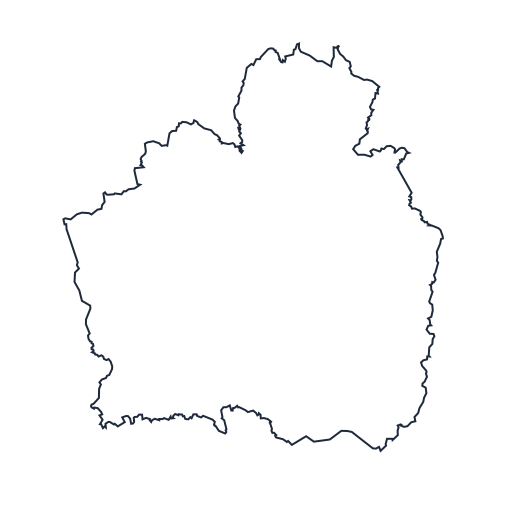 Madero, Michoacán, Mexico, rotated 354°
{"feature_id": "50627088B49828923670212", "entity_name": "Madero", "entity_type": "district", "adm_level": 2, "iso_a3": "MEX", "parent_name": "Mexico", "parent_adm1": "Michoacán", "projection": "orthographic", "projection_center": [-101.157, 19.354], "detail": "fine", "context": "isolated", "style": "outline", "palette": "slate", "viewbox_px": 512, "rotation_deg": 354, "n_neighbors": 0, "source": "geoboundaries", "source_scale": "gbopen_adm2", "svg_char_len": 6033}
<svg xmlns="http://www.w3.org/2000/svg" viewBox="0 0 512 512"><g transform="rotate(354 256 256)"><path d="M385.4,441.4L388.8,441.1L393.0,437.6L397.2,437.0L396.8,432.7L400.9,429.1L402.6,424.5L407.1,418.5L408.4,414.4L411.1,410.3L411.0,404.7L407.8,402.5L408.3,400.2L410.5,398.7L413.4,394.0L412.7,390.6L413.5,389.4L413.3,387.8L409.8,382.8L409.0,379.1L411.6,377.2L415.3,376.7L415.8,373.8L418.0,374.1L417.3,373.2L418.8,364.9L422.2,361.9L423.0,357.2L425.0,354.4L424.4,352.1L420.7,351.5L417.9,347.0L420.0,343.4L422.9,343.3L422.1,342.2L422.0,337.9L420.6,336.1L424.0,334.8L426.1,328.6L426.2,322.8L424.1,321.1L423.5,319.4L427.9,310.0L426.8,308.1L427.0,303.9L426.1,303.0L428.1,302.2L428.6,300.3L429.9,301.0L432.1,298.4L431.0,293.4L432.5,291.6L436.5,281.7L435.4,279.7L436.4,275.8L436.2,270.8L440.5,262.9L441.8,258.5L443.7,258.1L443.7,255.7L442.2,249.5L440.5,247.5L434.3,244.2L431.3,243.7L432.3,243.2L429.9,241.8L429.7,240.0L427.2,240.1L426.8,238.9L424.5,237.5L424.2,236.5L425.2,236.3L425.6,235.0L423.8,232.0L424.6,229.6L423.8,228.2L418.9,225.3L416.0,225.2L415.5,223.0L413.6,221.5L414.2,220.0L415.6,219.2L414.5,216.5L415.7,216.8L416.4,215.9L416.6,213.7L414.7,212.8L417.4,209.4L405.9,182.9L407.0,183.1L406.9,180.3L409.6,177.9L409.3,176.0L410.9,176.9L411.0,175.0L413.1,175.3L416.1,169.8L418.9,169.4L417.3,168.4L414.9,164.3L412.5,163.6L410.1,164.1L405.2,167.8L404.5,167.6L405.4,164.6L404.9,163.2L401.3,160.5L397.4,160.5L394.4,163.0L391.9,162.3L391.2,164.1L390.0,165.0L383.9,162.1L380.7,163.8L382.5,167.7L380.4,169.1L374.4,166.6L368.0,166.0L363.8,159.9L366.3,156.8L370.5,155.1L371.5,150.8L379.9,145.6L380.2,143.9L379.6,143.1L380.6,141.2L379.2,141.7L378.5,140.7L380.1,137.4L379.9,134.7L381.4,133.7L381.9,132.1L382.8,132.4L383.1,131.6L381.9,130.0L385.4,128.1L385.6,125.7L388.0,122.9L385.8,122.3L384.9,119.6L387.9,115.1L388.5,112.7L390.8,111.8L391.9,106.4L394.3,107.2L393.9,103.6L394.8,103.6L394.8,101.9L396.3,100.7L389.9,94.2L385.0,92.2L381.8,92.2L376.1,88.4L372.5,87.1L369.8,84.5L370.1,82.9L368.5,78.9L370.1,77.3L369.5,72.8L365.9,70.6L363.6,66.7L360.8,63.9L358.9,59.2L359.4,56.9L360.8,55.6L358.8,56.2L358.2,57.5L355.0,56.5L354.2,66.2L351.9,69.8L350.5,75.4L342.3,69.2L337.4,68.7L330.4,62.3L321.9,57.5L320.4,53.7L321.0,49.2L318.9,49.8L316.8,54.5L315.2,54.8L314.1,59.5L305.9,60.6L306.3,62.6L305.0,65.8L303.1,64.0L302.6,66.2L301.3,65.8L299.7,62.9L300.3,62.7L298.8,56.3L296.8,55.2L297.1,53.7L295.8,53.3L294.9,51.6L292.4,51.0L289.8,51.5L281.6,58.6L280.5,60.6L276.8,60.3L273.4,65.8L271.5,64.5L266.5,67.9L263.3,78.8L260.9,81.0L261.9,82.6L261.3,84.8L259.2,87.0L258.8,90.1L255.1,95.5L255.9,96.5L254.2,102.5L251.2,105.1L249.3,109.1L249.5,116.5L251.9,119.9L252.6,122.5L254.2,123.7L252.9,124.5L253.5,126.6L251.8,126.6L252.1,128.4L253.4,128.5L252.3,130.5L253.8,132.3L251.8,134.5L254.4,139.3L254.2,141.1L252.4,142.2L255.2,144.5L251.4,144.9L252.8,148.1L252.4,149.4L253.8,150.2L252.4,151.9L250.7,149.7L250.8,146.9L248.9,145.0L246.8,145.4L246.3,142.8L244.8,141.3L240.6,141.9L235.3,140.2L233.7,140.5L233.8,139.0L231.9,138.1L232.2,136.6L231.3,136.2L232.4,135.5L232.1,134.8L229.9,131.8L227.6,130.5L224.5,126.2L217.9,123.7L212.4,118.8L211.7,116.8L209.4,114.9L208.5,114.6L207.8,117.1L205.0,118.3L201.0,115.8L196.7,114.9L195.1,116.3L193.3,116.0L192.7,119.0L190.8,119.5L189.7,123.1L185.5,123.0L182.8,125.0L179.3,137.0L178.2,136.4L173.7,136.6L171.5,133.8L165.8,131.1L159.6,131.7L157.2,132.8L157.4,140.3L156.5,142.8L152.5,145.6L151.4,147.5L152.1,149.3L151.5,150.2L152.3,150.9L150.7,153.5L152.1,153.9L153.6,156.0L144.7,156.0L144.0,158.5L145.6,172.1L148.2,173.0L142.1,176.2L136.3,176.3L133.3,178.1L131.4,177.7L128.6,180.6L122.0,179.0L121.1,179.8L114.9,179.6L113.8,179.2L112.5,176.9L110.8,177.9L111.1,186.4L108.3,189.3L107.2,193.0L103.2,193.3L96.7,197.5L94.4,195.9L87.4,194.7L82.2,195.8L75.5,200.2L70.1,198.6L68.3,199.4L68.9,204.5L70.6,204.5L70.4,209.5L78.0,243.7L76.9,246.4L78.6,250.0L74.3,253.5L72.8,262.8L76.7,271.9L78.2,282.4L85.9,288.0L85.8,291.0L80.3,301.4L79.7,306.1L82.5,315.6L80.6,317.6L80.8,320.9L82.0,323.5L83.5,324.1L83.4,325.6L84.7,326.4L84.9,328.6L82.8,330.0L82.8,331.6L84.3,332.0L84.6,333.6L82.9,334.6L85.6,336.0L85.7,337.1L87.8,337.7L88.9,339.5L91.8,338.6L93.6,340.1L94.0,342.4L96.4,343.9L98.6,343.1L100.4,345.9L101.5,350.8L101.0,353.4L97.7,358.9L95.3,359.6L94.0,361.7L89.8,362.7L87.1,365.3L88.3,367.6L86.1,371.6L84.9,380.8L79.0,386.0L76.9,386.6L76.2,388.1L76.7,389.4L78.9,390.9L79.3,389.8L82.7,390.8L85.6,394.8L86.5,397.4L83.7,398.2L86.3,402.8L83.3,406.9L84.4,407.1L85.8,411.2L87.7,409.6L88.7,410.8L88.8,407.1L91.7,405.6L93.2,405.7L97.1,408.7L98.0,408.1L100.7,411.0L101.6,410.6L108.1,407.5L106.1,402.5L110.3,401.5L112.0,401.9L113.8,404.6L114.3,409.8L116.2,409.7L117.5,408.2L117.5,404.1L118.5,403.4L121.1,403.5L123.2,401.5L126.1,401.9L126.1,406.6L129.8,405.5L133.5,407.2L133.1,408.1L134.4,410.1L135.3,408.6L138.3,407.3L142.6,409.2L142.7,408.0L146.2,408.4L147.6,407.6L152.0,409.8L154.3,406.8L154.6,408.7L156.9,408.7L156.3,408.1L157.2,406.2L159.1,404.7L162.2,406.3L162.5,405.3L166.0,406.0L166.5,407.8L167.9,407.7L168.6,410.6L171.5,411.4L173.9,409.4L175.0,410.6L177.2,406.9L180.5,407.3L180.6,408.7L182.8,410.0L184.6,410.8L186.7,409.4L195.7,414.2L197.7,416.6L196.6,419.4L197.1,420.5L197.9,420.5L200.8,426.0L206.8,429.3L208.1,427.9L207.6,426.1L208.5,425.2L207.2,416.0L204.9,413.8L205.8,412.8L205.2,405.8L207.8,403.0L210.8,403.3L214.3,401.8L215.3,407.1L216.6,407.3L217.2,404.9L218.9,404.8L221.6,403.0L222.4,404.7L223.4,404.5L229.5,408.3L231.6,410.4L237.0,409.4L239.8,412.3L240.7,414.6L242.3,413.9L242.5,412.8L243.9,414.3L243.8,418.0L246.9,418.0L250.6,419.4L252.9,421.5L252.4,422.7L253.4,422.7L252.6,424.0L253.8,429.6L253.1,431.4L253.8,433.6L255.5,433.7L257.4,436.2L256.3,436.8L256.9,438.5L263.8,441.1L267.3,444.2L268.6,443.3L271.9,447.6L287.0,440.5L294.2,446.7L310.2,446.2L322.6,438.8L328.6,439.6L332.9,441.0L352.1,459.5L355.1,460.1L358.4,458.7L359.5,462.8L365.5,458.2L365.3,456.6L367.2,451.5L372.6,452.1L372.6,453.3L378.3,449.0L378.6,444.4L379.9,441.2L379.2,439.4L382.2,438.6L383.0,439.1L382.6,439.9L385.4,441.4Z" fill="none" stroke="#1e293b" stroke-width="2"/></g></svg>